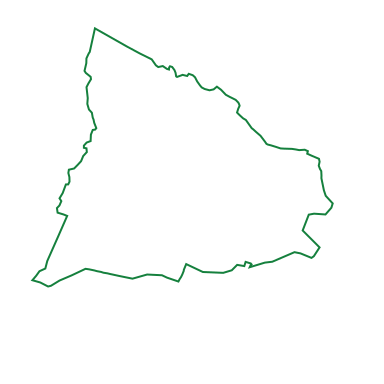 Matazu, Katsina, Nigeria, rotated 16°
{"feature_id": "59680162B62360966111253", "entity_name": "Matazu", "entity_type": "district", "adm_level": 2, "iso_a3": "NGA", "parent_name": "Nigeria", "parent_adm1": "Katsina", "projection": "mercator", "projection_center": [7.633, 12.236], "detail": "fine", "context": "isolated", "style": "outline", "palette": "green", "viewbox_px": 384, "rotation_deg": 16, "n_neighbors": 0, "source": "geoboundaries", "source_scale": "gbopen_adm2", "svg_char_len": 2186}
<svg xmlns="http://www.w3.org/2000/svg" viewBox="0 0 384 384"><g transform="rotate(16 192 192)"><path d="M330.4,164.2L321.6,158.8L318.3,154.0L312.6,143.1L311.9,140.4L310.5,136.3L308.7,134.6L306.6,131.8L306.3,127.7L304.9,125.1L296.8,124.1L292.2,123.4L292.1,120.8L288.7,120.3L283.5,122.2L280.0,122.5L276.2,123.0L268.3,125.0L265.1,125.7L260.3,125.5L255.0,125.4L251.8,125.5L250.3,125.2L248.4,123.6L242.4,119.1L237.2,116.7L233.6,114.9L231.8,114.2L223.9,107.9L220.8,107.1L216.8,105.1L214.4,103.8L213.4,103.2L213.5,99.2L214.0,96.0L213.0,94.5L211.9,93.3L208.6,91.4L203.4,90.4L202.6,90.3L197.7,89.2L191.7,85.7L186.9,83.9L184.5,87.4L180.8,89.4L175.8,89.5L172.5,88.8L170.4,87.4L166.5,84.3L163.3,80.9L160.7,79.6L160.2,79.5L156.3,79.3L155.4,81.8L150.6,82.0L149.5,82.9L145.9,85.5L144.9,85.2L143.3,81.9L141.5,79.6L138.5,77.3L136.2,77.2L135.7,78.6L136.1,80.6L134.0,80.6L129.2,79.0L125.1,81.2L122.4,80.2L116.7,75.6L103.6,73.2L89.8,70.2L53.6,61.5L55.1,85.6L54.6,87.0L54.3,88.7L53.7,92.7L54.9,97.3L55.3,105.2L57.1,106.8L62.8,109.2L63.8,111.4L62.5,116.2L61.7,120.3L65.9,130.5L67.1,136.2L70.2,141.1L73.9,143.4L76.1,147.9L77.4,149.5L78.9,152.4L82.4,157.0L81.7,158.7L79.5,159.7L79.0,164.7L80.5,171.0L77.1,173.5L75.3,177.2L75.9,179.3L78.5,179.1L79.9,182.6L77.5,187.4L76.9,192.9L74.6,197.5L72.2,201.9L67.5,204.5L67.9,207.8L70.0,211.4L71.4,215.8L70.9,218.8L68.7,219.5L68.0,228.7L66.4,234.6L68.9,236.8L68.3,241.5L66.6,244.7L68.5,248.9L74.7,249.0L78.6,249.4L75.7,270.9L71.9,298.2L72.1,306.0L67.2,310.2L65.3,315.5L62.9,320.8L71.1,320.8L79.7,322.5L82.3,321.0L89.1,313.6L99.3,305.3L110.8,295.2L114.4,294.7L119.9,294.3L122.3,294.3L123.5,294.2L126.6,293.9L129.1,294.0L133.1,293.5L135.9,293.4L138.6,293.2L140.3,293.1L141.7,293.0L144.8,292.8L151.3,292.3L158.7,291.7L171.6,283.7L186.1,280.3L191.5,281.2L203.6,281.8L204.1,279.3L204.9,276.8L205.4,274.0L205.8,270.1L205.6,269.0L206.3,262.9L224.5,265.9L244.3,261.1L251.8,256.3L255.5,249.6L262.7,248.8L262.8,244.4L268.2,244.5L269.2,245.2L268.5,246.4L268.2,248.4L281.5,239.8L288.4,236.9L307.1,221.6L313.2,221.1L325.0,222.4L326.8,220.2L329.9,210.1L309.0,198.5L310.5,181.6L315.3,179.2L326.5,176.8L330.3,168.7L330.4,164.2Z" fill="none" stroke="#15803d" stroke-width="2"/></g></svg>